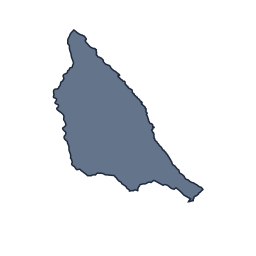 Somondoco, Boyacá, Colombia, rotated 298°
{"feature_id": "7082276B21743509672590", "entity_name": "Somondoco", "entity_type": "district", "adm_level": 2, "iso_a3": "COL", "parent_name": "Colombia", "parent_adm1": "Boyacá", "projection": "equal_earth", "projection_center": [-73.436, 4.962], "detail": "fine", "context": "isolated", "style": "filled", "palette": "slate", "viewbox_px": 256, "rotation_deg": 298, "n_neighbors": 0, "source": "geoboundaries", "source_scale": "gbopen_adm2", "svg_char_len": 5771}
<svg xmlns="http://www.w3.org/2000/svg" viewBox="0 0 256 256"><g transform="rotate(298 128 128)"><path d="M174.1,35.3L173.4,37.4L173.0,37.7L170.7,38.9L168.8,40.6L166.7,42.9L165.2,43.9L163.9,45.0L161.0,48.3L160.0,49.2L159.2,49.6L157.3,49.7L155.6,50.2L155.2,50.1L153.9,48.6L153.3,48.4L152.1,48.8L151.7,48.7L150.3,47.9L150.0,47.9L149.1,48.3L148.5,48.4L148.1,48.4L145.3,46.4L144.6,46.1L143.5,46.2L143.0,46.6L142.1,47.7L141.3,48.3L139.5,48.1L138.6,48.2L137.5,47.4L137.1,47.2L135.4,47.6L133.7,48.1L131.5,47.7L130.4,47.9L129.9,47.8L129.5,47.4L128.9,46.7L128.3,45.7L127.6,45.0L126.9,44.8L126.1,44.8L125.3,45.1L124.0,45.9L122.8,46.9L122.1,47.2L120.7,47.4L120.2,47.7L120.0,48.2L120.1,49.1L120.3,49.7L120.3,50.3L120.1,50.9L119.8,51.5L119.2,51.7L117.5,51.8L116.4,51.6L115.9,51.8L115.6,52.2L115.6,52.8L115.6,53.5L115.7,54.8L115.7,55.4L115.2,56.1L114.6,56.4L114.1,56.5L113.6,56.5L112.5,55.9L112.1,55.9L111.6,56.0L111.2,56.5L110.9,57.2L110.4,59.6L110.3,61.3L109.7,63.8L109.2,64.8L108.7,65.6L107.6,66.3L105.6,67.0L104.9,67.6L104.2,68.9L103.6,69.8L102.6,70.9L101.9,71.5L101.2,71.8L100.5,71.7L99.1,71.3L97.5,70.4L96.9,70.5L96.3,71.2L95.9,72.0L95.2,74.4L94.9,75.0L94.5,75.4L93.3,76.0L91.9,75.9L91.0,75.6L90.4,75.7L89.4,76.1L89.0,76.5L88.5,77.2L88.2,78.1L87.6,80.6L87.1,81.2L86.5,81.5L84.1,84.4L83.5,84.8L80.9,86.2L80.4,86.6L78.4,88.9L77.6,89.7L76.7,90.4L74.3,91.5L73.8,92.8L71.9,94.6L71.2,95.0L70.1,95.0L69.7,95.2L69.1,95.9L68.9,97.0L68.8,98.3L68.6,99.2L67.7,100.7L67.2,101.9L67.2,102.3L67.5,103.0L68.5,104.0L68.8,104.5L69.0,105.0L68.3,106.8L68.3,107.8L67.9,109.8L67.6,112.0L67.1,114.2L66.9,114.6L67.7,116.2L68.5,117.8L68.7,118.0L69.1,118.2L69.9,118.7L70.6,119.8L70.9,120.6L71.2,121.2L71.9,121.5L73.1,121.6L73.4,121.9L74.3,122.9L74.4,123.8L75.2,124.9L76.0,127.1L76.1,128.6L76.0,129.9L76.6,131.0L77.8,134.1L78.4,135.2L78.5,135.8L79.1,137.0L79.4,137.9L79.3,138.7L78.9,139.4L78.6,140.9L77.9,142.2L77.1,144.2L76.9,145.0L76.9,146.9L76.8,147.5L76.5,148.0L76.1,148.4L75.9,148.8L75.6,152.4L75.3,154.0L74.6,154.8L74.2,155.7L74.1,157.1L73.9,158.1L73.6,158.5L73.0,158.9L73.2,159.3L74.4,160.5L74.8,161.7L75.1,162.2L76.2,162.7L76.6,163.3L76.9,163.9L77.2,166.0L77.5,166.0L78.4,165.4L80.1,165.0L82.5,165.3L83.3,165.1L83.7,165.3L86.0,167.9L86.5,169.0L86.8,169.5L90.3,172.0L90.6,173.8L93.9,175.4L94.0,177.2L93.9,185.9L94.9,186.5L95.3,186.9L95.7,188.1L95.9,189.8L95.8,191.0L95.1,193.7L95.1,195.3L95.2,195.8L95.6,197.6L97.4,198.2L97.7,198.4L97.7,198.6L97.0,202.5L96.3,205.0L95.3,208.0L95.0,208.9L94.8,216.5L94.1,216.4L92.9,216.0L91.3,216.0L92.0,217.0L92.6,217.5L93.5,218.4L94.2,219.6L94.6,219.7L95.5,219.0L96.6,219.2L97.9,218.7L99.2,219.2L99.5,219.6L101.1,220.6L102.3,221.0L102.7,221.2L104.0,221.1L104.8,221.7L107.4,222.5L108.8,223.1L109.1,222.6L109.5,221.9L109.9,220.7L109.9,219.8L109.6,218.5L110.1,216.0L110.1,215.0L110.3,211.8L109.9,209.9L109.8,208.1L109.9,207.5L110.2,206.9L110.2,206.3L110.4,205.8L110.4,205.2L110.0,203.2L110.4,202.0L111.5,200.5L112.0,199.5L112.5,196.7L112.4,195.2L112.5,194.9L113.0,194.1L114.5,192.9L114.7,192.6L114.9,190.9L115.4,189.5L116.2,187.8L116.5,187.0L116.6,185.3L116.6,184.6L118.0,183.0L118.4,182.7L118.7,182.4L119.0,181.5L119.5,181.1L121.0,178.6L121.3,178.3L121.9,176.7L122.5,176.2L123.0,175.3L123.6,173.5L124.3,172.6L124.3,171.7L124.5,171.5L124.6,170.7L125.2,170.2L125.2,169.7L125.0,169.0L125.1,168.5L125.8,167.9L125.9,167.6L126.6,166.6L126.9,165.5L127.3,163.7L127.9,162.9L128.3,162.0L128.4,161.2L128.6,160.8L129.3,160.0L129.4,159.6L129.4,159.0L129.5,158.8L129.8,157.7L130.2,157.2L130.6,157.0L130.8,156.7L131.1,156.5L131.4,155.5L132.3,155.3L133.0,154.7L133.4,154.5L133.8,154.1L134.6,153.9L135.0,153.3L135.5,153.1L135.7,152.8L135.8,152.5L135.6,152.1L135.7,151.9L136.5,151.1L137.2,149.9L137.5,149.8L138.3,150.4L138.9,150.1L139.1,150.1L139.5,149.8L140.0,150.1L140.3,150.7L140.6,150.8L141.0,150.6L141.0,150.3L141.0,150.0L140.8,149.2L141.3,149.1L141.6,148.6L142.1,148.5L142.4,148.2L142.8,147.3L142.8,146.8L142.8,146.3L142.4,145.8L142.5,145.1L142.8,144.5L143.6,143.7L144.0,142.8L145.3,141.9L145.9,141.1L147.4,139.7L148.5,138.0L149.0,137.8L149.6,138.0L150.0,138.0L150.5,137.3L150.6,136.5L151.0,135.9L152.1,135.7L152.3,135.6L152.4,135.4L152.8,135.1L153.4,135.0L153.6,133.8L154.1,133.6L154.6,133.0L155.1,130.5L155.5,129.6L155.4,128.8L155.5,128.7L156.1,128.7L156.5,128.0L157.0,128.5L157.2,128.2L157.2,127.7L157.6,127.4L157.6,126.9L157.4,126.5L157.5,126.3L158.6,124.4L158.7,122.7L158.8,122.3L159.4,121.8L159.5,121.5L159.4,121.1L159.4,120.8L159.8,119.8L160.1,118.1L160.3,117.7L160.8,117.6L160.9,117.4L161.0,117.1L161.0,116.4L161.4,115.1L162.4,114.6L163.4,113.8L163.6,113.4L163.6,112.5L163.5,111.8L163.7,111.0L163.5,110.6L163.5,110.3L163.8,109.0L164.0,108.7L164.4,108.6L164.6,108.1L164.5,107.1L165.0,106.6L165.2,105.6L165.5,105.0L167.5,103.4L167.6,102.8L167.1,101.7L167.0,101.2L167.6,100.4L167.6,98.9L168.3,97.2L168.3,95.8L168.7,95.4L169.6,94.6L169.8,94.6L169.9,95.5L170.3,95.9L170.5,95.9L170.8,95.7L171.1,95.2L171.7,91.6L172.1,90.6L172.0,89.0L172.3,86.8L173.1,84.5L173.8,83.7L174.3,82.9L174.4,81.4L174.0,80.4L174.1,79.4L173.8,78.8L173.9,77.9L174.9,75.2L175.1,74.9L176.0,74.6L176.2,74.4L176.3,74.0L176.6,73.7L176.7,72.8L177.1,72.2L177.2,71.9L176.9,70.9L177.1,70.2L177.1,69.3L176.7,68.5L176.7,68.0L177.4,66.9L177.6,65.9L177.7,65.7L178.4,65.6L179.2,64.9L179.5,65.0L180.0,64.8L181.3,63.4L182.2,63.4L182.3,63.3L182.2,62.3L182.6,61.7L182.6,61.4L182.2,61.0L182.3,60.4L181.8,59.7L181.9,58.5L181.8,57.4L181.9,56.4L182.7,54.1L183.5,52.3L183.7,51.1L184.3,50.1L184.9,49.4L185.3,49.2L185.6,49.1L186.1,49.5L186.6,49.6L187.2,49.2L187.7,48.1L188.2,47.2L188.6,46.3L188.6,45.9L188.4,45.2L188.6,44.0L188.2,42.9L188.1,41.6L188.1,40.6L188.4,38.0L189.0,35.2L189.1,34.1L185.2,33.1L183.7,32.9L181.1,33.3L179.4,33.2L178.0,33.3L176.8,33.8L174.1,35.3Z" fill="#64748b" stroke="#1e293b" stroke-width="1.5"/></g></svg>